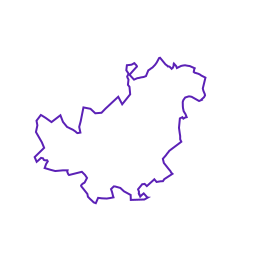 the district of Bichi, Kano, Nigeria, rotated 320°
{"feature_id": "59680162B73114171000075", "entity_name": "Bichi", "entity_type": "district", "adm_level": 2, "iso_a3": "NGA", "parent_name": "Nigeria", "parent_adm1": "Kano", "projection": "orthographic", "projection_center": [8.292, 12.285], "detail": "fine", "context": "isolated", "style": "outline", "palette": "violet", "viewbox_px": 256, "rotation_deg": 320, "n_neighbors": 0, "source": "geoboundaries", "source_scale": "gbopen_adm2", "svg_char_len": 2765}
<svg xmlns="http://www.w3.org/2000/svg" viewBox="0 0 256 256"><g transform="rotate(320 128 128)"><path d="M219.7,139.2L217.9,135.0L217.4,133.1L216.7,131.6L214.6,128.4L214.4,127.3L216.6,125.5L217.5,125.1L215.1,120.2L213.9,118.9L212.0,116.6L210.3,115.5L208.6,114.6L204.0,113.5L204.7,111.5L204.6,108.1L204.0,108.4L203.9,108.7L202.8,109.7L202.4,110.0L200.9,110.7L200.2,110.6L199.5,110.7L199.3,108.0L198.8,106.9L198.1,106.5L198.1,105.4L197.6,103.3L197.7,94.8L196.8,94.4L192.1,96.3L189.4,97.0L185.7,97.4L184.1,97.2L182.3,97.1L180.6,96.9L175.1,99.8L174.6,99.6L172.8,99.0L170.5,97.6L168.6,96.7L167.1,95.8L163.7,94.8L163.4,88.2L167.4,87.6L173.1,86.8L173.6,86.8L173.9,86.7L174.2,86.7L174.4,86.6L174.5,86.5L174.5,86.3L174.6,86.1L174.6,85.6L174.7,85.2L174.7,84.8L174.7,84.7L174.6,84.2L174.6,83.7L174.5,83.1L174.6,82.6L174.5,82.3L173.7,82.3L173.5,82.2L173.1,82.1L171.5,81.8L170.8,81.4L167.5,79.2L163.8,82.7L163.5,85.5L163.4,86.3L162.9,86.9L162.3,87.3L160.5,88.0L160.0,89.0L159.5,91.2L155.7,94.9L155.6,97.4L152.7,101.6L151.3,103.6L138.8,106.1L140.6,97.8L123.2,98.7L117.5,99.3L112.4,95.7L111.6,89.2L107.1,83.6L96.0,92.5L91.3,95.8L88.6,100.9L86.1,99.5L85.7,98.7L85.5,96.9L85.1,95.5L84.8,94.3L82.0,88.0L82.1,81.5L84.4,74.8L73.2,74.3L71.4,67.3L70.0,63.0L69.6,62.0L65.8,62.9L62.6,63.6L60.3,67.7L54.9,71.9L52.8,83.6L51.0,89.3L37.8,90.3L36.3,95.2L38.6,95.2L42.2,95.0L43.4,96.6L43.0,98.3L43.4,99.0L43.8,99.6L44.6,100.1L45.3,100.7L45.1,102.0L42.2,102.9L38.4,105.1L41.9,110.4L44.6,114.2L50.8,118.5L54.5,121.6L53.3,122.5L52.5,125.1L52.6,126.1L64.5,131.9L64.9,136.3L64.5,139.9L60.2,141.7L59.5,141.9L59.2,141.9L58.6,141.7L58.0,141.6L56.1,141.6L55.0,142.0L54.7,142.8L54.7,143.7L54.7,144.9L54.5,152.4L53.1,154.9L53.2,156.0L53.3,157.7L53.7,160.7L53.9,162.9L55.0,164.9L60.2,162.3L62.8,165.1L66.4,168.4L69.2,170.1L72.3,171.8L72.9,170.3L74.6,166.8L75.7,163.9L79.6,163.6L80.6,164.6L83.6,169.0L84.2,173.9L87.0,181.0L83.9,184.9L94.6,193.3L98.4,194.0L98.2,193.8L98.0,188.2L96.3,188.2L95.4,188.2L93.3,188.4L93.7,187.3L94.0,186.6L94.1,186.3L93.8,186.2L94.1,185.1L95.4,184.0L96.3,181.4L102.8,180.2L103.1,180.5L104.6,181.4L104.8,181.5L105.1,184.6L113.9,184.3L115.2,184.2L115.2,187.7L118.6,189.7L120.6,191.2L122.9,190.5L132.6,191.7L132.4,190.1L132.8,188.1L132.8,185.2L133.0,177.8L134.9,174.0L139.4,173.3L141.8,172.7L143.1,172.5L145.0,172.0L160.0,172.8L160.7,170.2L162.8,167.7L164.3,165.2L167.2,160.6L173.9,154.0L176.6,154.7L176.4,155.9L176.4,156.4L177.8,156.6L178.7,156.8L179.9,157.4L180.4,156.0L180.9,154.5L181.3,151.9L181.4,151.0L183.0,148.0L183.9,146.7L186.6,143.3L188.3,142.2L191.4,141.4L194.8,142.8L195.7,143.6L196.8,145.0L199.8,153.0L202.7,153.9L202.8,153.4L206.0,153.3L208.0,152.5L208.6,151.4L209.0,150.1L209.6,148.1L210.7,145.8L219.7,139.2Z" fill="none" stroke="#5b21b6" stroke-width="2"/></g></svg>